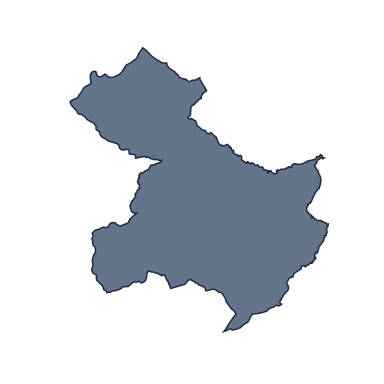 outline of Gámbita, Santander, Colombia, rotated 105°
{"feature_id": "7082276B40597769905914", "entity_name": "Gámbita", "entity_type": "district", "adm_level": 2, "iso_a3": "COL", "parent_name": "Colombia", "parent_adm1": "Santander", "projection": "albers", "projection_center": [-73.279, 5.916], "detail": "fine", "context": "isolated", "style": "filled", "palette": "slate", "viewbox_px": 384, "rotation_deg": 105, "n_neighbors": 0, "source": "geoboundaries", "source_scale": "gbopen_adm2", "svg_char_len": 5996}
<svg xmlns="http://www.w3.org/2000/svg" viewBox="0 0 384 384"><g transform="rotate(105 192 192)"><path d="M99.2,207.3L97.3,207.7L94.5,207.2L90.2,204.2L82.4,212.3L80.4,214.0L79.6,214.1L82.7,217.3L83.4,218.3L83.8,220.5L86.4,223.2L84.6,227.4L85.1,230.2L84.5,234.0L82.4,236.0L81.9,237.5L80.6,239.2L78.0,246.5L77.3,247.1L76.4,248.8L73.8,249.9L74.5,251.3L75.1,255.0L74.5,256.0L72.7,262.3L71.1,266.3L67.2,272.5L65.5,276.9L72.4,279.3L77.2,280.0L83.4,285.0L86.4,288.4L94.5,290.9L97.4,292.8L101.2,297.2L102.3,299.8L102.4,302.5L101.9,304.2L100.8,305.4L100.8,306.7L103.9,309.3L104.9,311.4L104.2,313.4L103.3,314.4L100.9,315.7L100.7,316.2L100.5,317.3L101.7,319.4L104.0,320.4L105.4,320.4L107.2,320.1L112.0,318.1L113.4,318.0L115.1,319.2L117.5,322.0L119.4,323.4L125.5,325.1L128.0,326.5L129.4,326.3L130.2,326.8L131.6,327.9L134.1,331.4L136.0,333.0L137.0,332.9L139.8,330.4L143.5,324.4L145.7,322.5L146.0,321.5L145.6,318.9L145.9,317.9L147.4,314.3L149.0,312.4L150.2,308.5L150.4,306.0L151.4,303.9L153.7,301.5L155.7,301.2L156.9,300.1L156.9,299.2L157.9,297.1L160.7,295.3L162.5,292.7L163.1,289.2L164.4,286.1L164.6,277.9L165.1,275.6L166.0,274.6L168.2,273.5L169.4,271.5L169.2,268.8L167.9,266.7L167.4,264.5L168.3,263.5L171.0,262.7L171.5,262.0L170.8,257.9L171.1,256.2L171.4,255.8L173.7,255.5L174.0,255.2L170.0,247.2L170.3,245.5L169.7,242.6L170.6,240.3L170.2,238.7L170.6,236.7L170.0,235.5L169.7,233.5L170.1,231.5L169.1,229.3L170.0,229.4L172.0,230.7L174.2,234.4L175.5,235.4L176.7,238.6L182.0,240.1L183.6,242.6L184.6,243.0L186.2,244.5L186.8,246.3L188.0,247.3L188.8,247.1L189.6,247.6L190.6,246.8L191.2,247.1L192.1,246.6L192.2,247.2L192.7,247.3L196.8,247.1L197.2,246.6L197.2,245.8L198.1,245.8L198.8,244.4L201.2,244.4L202.1,243.3L203.7,245.0L206.5,245.4L208.7,246.4L210.7,245.4L214.5,246.6L217.3,248.0L221.2,248.3L222.8,247.7L226.6,245.2L227.3,243.4L226.8,239.9L227.9,240.9L234.1,245.0L237.9,245.6L239.2,246.5L240.7,248.9L243.1,251.8L243.4,252.6L243.0,256.1L241.6,258.4L242.3,261.5L244.6,263.4L246.4,263.5L247.8,264.5L248.6,266.1L249.0,268.8L252.6,273.1L253.8,275.5L255.3,276.6L257.9,277.7L259.2,276.6L260.3,276.2L263.1,276.6L265.3,275.2L267.2,274.8L269.2,273.6L270.2,271.6L273.1,270.0L276.3,269.9L278.4,270.7L283.6,270.7L288.4,268.7L293.0,268.8L294.9,267.6L296.1,266.3L296.9,263.1L297.5,262.6L299.9,262.1L302.1,261.1L302.2,259.9L303.0,259.2L306.0,254.0L309.2,251.8L309.8,249.4L311.3,248.2L309.7,244.7L308.0,243.1L307.5,241.2L305.2,237.5L303.8,235.8L301.1,233.7L301.0,232.7L299.7,229.0L294.8,225.9L293.6,223.9L293.4,222.2L292.2,220.6L292.0,219.3L293.0,218.2L292.9,217.2L291.6,215.4L289.6,214.0L285.5,213.8L282.8,214.5L279.9,213.9L279.6,212.5L279.7,210.3L279.2,208.3L279.6,206.5L279.5,203.6L280.7,199.8L279.2,197.8L280.1,196.2L284.4,192.9L284.6,191.7L286.1,191.1L290.7,187.6L283.0,175.1L278.3,172.7L276.7,170.8L277.5,169.6L277.8,167.4L278.8,165.2L278.7,163.3L280.0,161.4L280.3,157.4L281.0,155.2L281.3,154.6L283.9,152.8L280.7,147.1L280.2,144.8L280.3,143.9L281.7,140.3L281.5,138.5L281.8,137.1L285.8,132.5L288.9,130.8L294.6,123.8L295.7,121.1L298.3,117.9L298.8,117.8L301.6,119.3L310.8,122.5L317.0,124.4L318.5,125.2L316.9,122.6L314.8,120.5L314.4,119.5L314.9,117.2L312.7,113.1L311.0,111.2L310.9,110.4L306.1,107.4L303.3,104.4L298.1,103.1L296.2,102.9L294.1,101.6L291.7,95.5L289.2,91.3L287.6,88.9L284.1,86.7L281.9,83.3L279.9,81.7L279.4,80.8L279.7,79.7L279.5,78.6L278.0,76.9L277.2,76.4L276.7,77.8L275.7,78.7L274.8,78.8L272.9,77.8L271.9,78.2L270.4,77.4L267.1,76.6L262.7,74.2L260.9,73.7L258.1,74.4L256.5,76.3L254.9,77.3L253.5,76.6L249.8,75.8L248.7,73.7L248.1,73.5L247.9,72.5L244.9,72.4L243.7,71.9L238.3,67.0L237.0,66.7L236.0,67.2L235.4,67.0L234.4,65.4L234.8,63.0L234.1,62.5L233.1,62.6L232.4,60.7L230.5,59.9L230.1,58.4L229.5,57.6L229.1,58.1L228.8,57.6L228.1,57.6L227.9,56.7L226.4,56.8L225.4,56.2L224.9,55.4L223.2,55.4L223.0,55.7L223.5,56.5L223.2,56.9L219.5,57.2L218.1,56.3L218.6,55.8L217.7,55.9L217.6,55.2L216.7,54.9L215.7,55.2L214.2,54.9L213.0,55.5L205.3,52.4L202.1,52.5L200.7,51.9L199.9,52.6L199.1,51.1L198.7,51.0L198.4,51.4L197.2,51.4L195.9,51.0L192.5,52.7L189.5,51.8L187.7,52.1L188.3,52.9L187.2,54.6L186.7,58.9L186.2,60.0L187.1,64.4L186.3,65.3L186.2,66.8L184.7,68.5L185.7,69.3L185.9,70.1L185.7,70.4L184.5,69.9L183.7,70.3L182.8,73.6L181.5,74.3L181.7,75.0L181.2,75.8L177.7,77.2L175.7,76.7L174.7,77.2L174.4,76.3L172.9,76.1L172.0,74.8L171.2,74.5L161.3,72.9L158.2,71.6L157.3,71.6L155.6,70.1L154.6,70.4L152.9,70.0L151.7,70.3L151.0,70.0L147.2,70.6L144.2,71.8L143.7,72.5L142.7,72.9L142.0,74.3L140.9,74.5L139.2,75.4L137.9,77.4L136.4,78.6L135.9,79.8L134.6,80.5L134.1,80.0L131.9,79.2L130.2,79.6L129.4,78.8L128.4,78.6L126.2,76.6L125.5,76.9L125.3,76.1L126.0,74.6L125.6,74.1L125.9,73.8L124.9,73.1L125.3,74.5L123.5,75.3L122.6,77.5L124.3,78.1L125.4,79.7L125.7,80.8L127.0,80.5L128.6,81.7L132.3,88.4L136.0,92.3L137.5,95.0L138.4,100.9L139.7,102.1L140.7,102.4L142.4,102.2L142.9,102.6L142.4,104.1L142.7,105.5L144.1,106.0L144.7,107.5L146.5,109.3L146.8,111.7L148.8,113.7L148.6,115.4L149.9,115.9L150.8,114.6L152.2,115.3L152.8,116.1L152.5,117.0L152.9,118.1L152.6,119.9L151.4,120.8L151.1,121.6L151.4,122.5L153.4,123.2L153.9,123.9L152.8,124.4L151.7,123.8L151.6,125.4L152.2,127.7L150.5,129.3L149.7,130.5L150.6,133.1L148.9,135.3L148.8,135.9L149.6,136.6L149.9,137.6L148.2,140.6L148.6,142.2L149.9,142.2L148.4,146.0L150.0,146.4L150.1,146.7L149.5,147.7L148.7,151.0L148.0,152.5L145.3,153.0L144.1,154.5L144.3,155.4L145.6,156.5L145.5,156.9L144.5,157.5L144.0,161.3L142.6,162.0L142.8,162.7L141.3,162.5L141.0,163.4L141.3,164.4L139.1,165.7L139.5,167.3L138.0,167.4L138.0,168.2L137.1,169.5L136.9,170.4L138.3,171.6L139.3,174.2L139.1,175.1L139.6,175.3L138.7,178.0L137.6,179.4L132.9,182.6L132.1,183.8L132.2,184.8L130.1,188.1L130.2,188.8L129.8,189.3L130.9,189.6L131.5,191.6L131.3,192.7L129.2,195.0L129.2,198.8L126.9,202.9L126.9,204.0L126.5,204.8L125.5,204.8L122.1,207.2L122.3,208.6L121.0,211.4L122.3,213.1L122.3,213.7L121.4,215.1L120.7,215.1L119.7,214.0L118.3,213.4L110.5,215.0L108.1,213.9L107.4,212.9L100.9,209.1L99.2,207.3Z" fill="#64748b" stroke="#1e293b" stroke-width="1.5"/></g></svg>